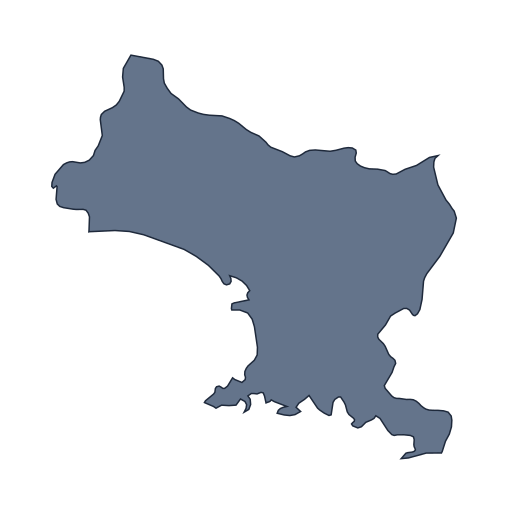 map outline of Miyagi (Albers equal-area conic projection), rotated 95°
{"feature_id": "JPN-1866", "entity_name": "Miyagi", "entity_type": "Prefecture", "adm_level": 1, "iso_a3": "JPN", "parent_name": "Japan", "parent_adm1": "", "projection": "albers", "projection_center": [141.11, 38.38], "detail": "fine", "context": "isolated", "style": "filled", "palette": "slate", "viewbox_px": 512, "rotation_deg": 95, "n_neighbors": 0, "source": "natural_earth", "source_scale": "10m", "svg_char_len": 3710}
<svg xmlns="http://www.w3.org/2000/svg" viewBox="0 0 512 512"><g transform="rotate(95 256 256)"><path d="M436.1,54.1L436.1,54.8L437.5,69.3L443.9,86.6L445.2,93.7L439.4,89.5L438.7,87.8L437.7,83.2L436.7,81.2L435.3,80.3L433.9,80.8L432.2,81.8L430.2,82.3L425.1,82.4L422.4,83.4L421.3,86.6L421.2,93.0L421.8,99.6L422.7,102.7L422.1,105.1L418.4,109.4L407.0,118.3L404.7,122.7L407.5,124.3L409.3,126.8L412.1,132.1L416.9,136.1L418.4,139.6L416.8,144.8L415.0,146.2L413.6,145.2L412.1,143.7L410.4,143.6L409.1,144.7L405.8,149.6L403.3,151.5L396.6,153.9L393.8,155.6L389.1,159.4L389.2,161.5L392.0,165.0L395.1,166.5L407.7,167.3L408.5,169.4L406.6,174.3L403.9,179.1L402.2,181.4L390.3,191.0L394.6,195.2L398.9,200.5L403.2,202.9L407.0,198.0L410.6,203.3L412.0,208.4L411.9,214.0L410.8,221.2L407.8,220.3L405.8,218.4L404.3,215.5L403.2,212.1L399.5,225.0L398.0,228.3L399.5,229.3L400.2,230.4L400.7,231.7L401.5,233.2L394.8,235.3L391.7,236.9L391.4,239.1L393.3,242.9L393.2,245.9L393.4,248.7L396.1,251.9L399.2,249.3L404.4,248.4L409.5,249.8L412.6,254.2L408.6,252.6L404.9,252.4L401.9,254.3L399.8,259.0L406.3,262.9L407.4,269.9L407.6,277.3L411.1,282.6L409.6,285.2L406.5,294.6L404.6,293.7L397.2,286.2L395.4,285.1L391.5,284.9L389.7,283.9L388.8,281.4L389.7,279.3L390.8,277.5L390.6,275.7L388.1,273.0L379.4,268.7L380.9,266.4L383.2,259.0L380.1,256.0L377.7,255.9L375.3,256.9L372.0,257.0L368.8,255.9L366.1,254.3L360.0,248.6L354.5,246.2L346.8,246.6L326.6,251.4L319.3,254.3L313.5,259.3L311.2,267.5L311.9,275.4L310.5,275.9L305.8,275.8L304.6,273.6L300.3,259.2L298.0,260.9L295.7,261.6L293.3,261.0L291.1,259.2L286.2,262.8L282.2,267.7L279.4,273.7L277.9,280.5L280.5,279.1L283.5,278.6L286.1,279.8L287.3,282.9L286.5,285.5L284.3,287.4L281.5,289.0L279.0,291.1L269.4,302.7L261.5,315.7L255.7,328.2L244.6,369.8L242.6,384.3L242.9,398.7L246.3,424.0L246.5,424.6L244.7,424.6L231.5,425.3L227.9,426.9L225.2,429.3L224.6,432.2L225.3,439.2L225.3,442.3L224.6,452.0L223.7,455.8L221.5,458.5L217.0,460.1L204.3,460.2L203.5,460.9L206.1,463.8L204.5,465.5L200.5,465.6L192.1,463.3L181.7,455.8L179.7,452.7L178.5,449.9L178.0,447.0L178.6,439.1L177.6,434.7L175.0,430.4L170.1,426.7L164.8,425.5L160.1,422.8L149.4,419.6L133.8,423.0L131.3,423.0L128.5,422.4L125.0,419.4L120.7,411.9L117.7,408.3L113.8,405.7L103.3,401.7L99.5,402.0L89.3,404.5L80.6,404.5L66.8,398.1L69.0,375.4L70.5,370.3L74.0,366.4L77.7,364.7L87.5,363.6L91.8,362.4L96.7,359.0L101.5,354.8L106.3,346.8L113.6,338.3L116.3,333.9L118.6,326.0L119.5,320.7L119.8,314.7L119.4,302.1L121.3,294.2L123.0,289.4L125.3,284.8L130.8,276.8L133.3,271.9L136.2,263.4L141.8,256.0L144.2,253.8L146.3,250.8L149.8,238.8L153.2,230.8L154.0,226.4L152.4,221.5L150.3,218.5L148.0,215.8L146.1,211.8L145.2,206.2L145.2,191.3L143.7,185.5L140.9,177.7L140.0,173.6L140.0,169.5L141.8,165.8L144.7,165.1L149.0,165.9L152.7,165.4L155.2,163.3L157.3,159.8L158.6,155.6L159.3,150.7L158.9,142.4L159.6,134.9L160.2,133.5L162.2,129.7L162.7,126.9L162.1,123.5L156.6,115.0L151.8,104.0L142.7,91.8L140.1,83.4L143.1,86.2L146.8,87.0L152.0,86.8L169.3,81.0L183.7,71.6L187.6,67.8L191.7,64.7L194.0,62.5L200.8,59.7L215.9,61.5L240.2,72.8L258.7,84.3L263.0,86.1L266.4,86.9L284.8,86.8L295.1,88.1L299.5,90.1L301.6,92.4L301.4,93.9L300.6,95.0L296.5,98.3L295.1,101.2L295.4,104.3L300.7,112.4L304.1,116.7L313.4,121.0L323.3,127.9L326.1,127.7L328.3,126.3L332.3,121.4L334.8,119.4L342.4,115.2L344.6,113.0L346.1,110.5L347.8,108.5L350.8,107.5L354.4,108.9L360.1,110.3L373.9,116.9L376.6,115.8L383.6,108.6L385.1,106.2L385.6,103.6L385.4,100.6L385.8,93.6L385.4,90.0L385.5,86.8L386.7,83.7L388.6,80.9L390.8,78.5L392.5,75.9L393.7,73.5L394.4,70.1L394.3,66.3L393.9,61.2L393.9,55.6L394.8,51.0L398.4,47.6L402.5,46.6L409.2,46.4L416.6,47.9L424.0,51.1L434.3,53.4L436.1,54.1Z" fill="#64748b" stroke="#1e293b" stroke-width="1.5"/></g></svg>